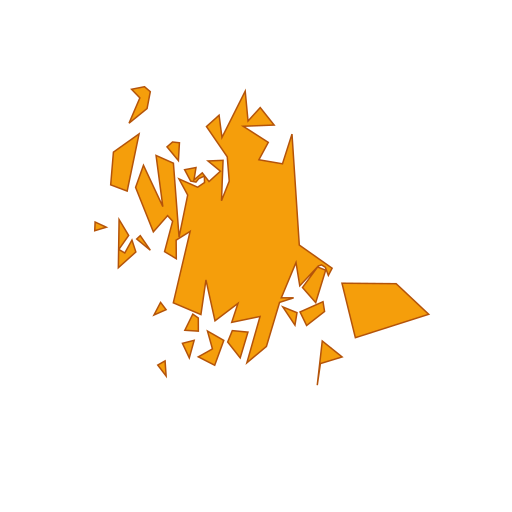 Cat Hai, Quảng Ninh, Vietnam (Equal Earth projection), rotated 204°
{"feature_id": "81297802B5756602808944", "entity_name": "Cat Hai", "entity_type": "district", "adm_level": 2, "iso_a3": "VNM", "parent_name": "Vietnam", "parent_adm1": "Quảng Ninh", "projection": "equal_earth", "projection_center": [107.044, 20.763], "detail": "medium", "context": "isolated", "style": "filled", "palette": "amber", "viewbox_px": 512, "rotation_deg": 204, "n_neighbors": 0, "source": "geoboundaries", "source_scale": "gbopen_adm2", "svg_char_len": 1986}
<svg xmlns="http://www.w3.org/2000/svg" viewBox="0 0 512 512"><g transform="rotate(204 256 256)"><path d="M220.9,154.7L209.7,177.6L215.6,223.2L204.6,233.1L215.9,228.1L216.8,266.3L203.9,246.6L195.0,272.3L192.5,274.5L188.1,273.9L182.0,267.7L181.5,275.8L220.9,283.6L272.7,382.0L269.3,351.0L292.5,345.1L291.0,364.8L320.5,369.3L292.7,383.0L312.5,393.3L318.2,376.1L332.9,402.2L335.3,350.4L347.0,369.6L353.9,354.1L322.6,334.9L310.9,313.5L310.0,292.4L325.0,330.0L338.5,323.3L323.0,319.0L329.2,304.9L338.9,310.1L343.6,300.3L346.8,312.4L356.3,305.8L346.2,297.9L340.9,299.1L339.8,303.3L335.7,308.0L332.9,302.2L337.3,295.1L357.7,295.1L343.2,283.9L334.0,242.0L369.2,307.2L388.2,307.2L361.2,263.2L395.7,293.1L393.9,269.7L359.6,236.3L353.2,256.9L346.3,253.9L341.3,222.8L327.7,221.1L335.4,238.0L326.2,251.7L312.5,179.6L282.5,180.1L292.0,213.8L267.1,180.1L253.2,205.4L251.2,185.5L227.7,202.4L220.9,154.7ZM74.5,273.0L116.7,287.7L166.4,266.1L132.0,221.8L74.5,273.0ZM417.7,261.9L400.1,262.9L412.5,320.0L428.5,292.9L417.7,261.9ZM160.9,205.3L147.5,162.9L153.4,183.9L136.3,198.8L160.9,205.3ZM200.7,246.1L182.5,237.7L186.6,271.4L195.3,271.0L200.7,246.1ZM426.4,353.2L426.0,325.7L415.5,346.4L419.4,363.1L426.7,365.3L437.5,357.7L426.4,353.2ZM395.9,233.6L377.0,189.3L367.4,210.8L375.8,220.1L377.1,205.4L384.0,206.2L380.7,223.0L395.9,233.6ZM193.0,222.8L181.5,213.1L170.8,233.2L176.2,241.5L193.0,222.8ZM267.7,140.4L249.3,139.4L251.1,165.8L269.8,167.7L258.0,153.4L267.7,140.4ZM229.0,156.5L232.4,183.2L247.3,178.2L246.9,165.9L229.0,156.5ZM210.8,220.4L192.3,208.7L195.5,220.9L210.8,220.4ZM365.7,311.6L372.0,328.3L378.6,326.2L381.7,319.5L365.7,311.6ZM287.7,146.3L275.5,135.8L278.2,153.8L287.7,146.3ZM301.4,116.4L289.3,109.8L296.4,123.2L301.4,116.4ZM371.9,223.0L354.9,218.3L370.0,227.5L371.9,223.0ZM290.8,159.2L278.1,163.9L283.5,175.9L290.1,177.2L290.8,159.2ZM325.2,160.6L316.3,170.4L324.3,174.8L325.2,160.6ZM413.6,213.5L404.5,221.4L416.8,221.6L413.6,213.5Z" fill="#f59e0b" stroke="#b45309" stroke-width="1.5"/></g></svg>